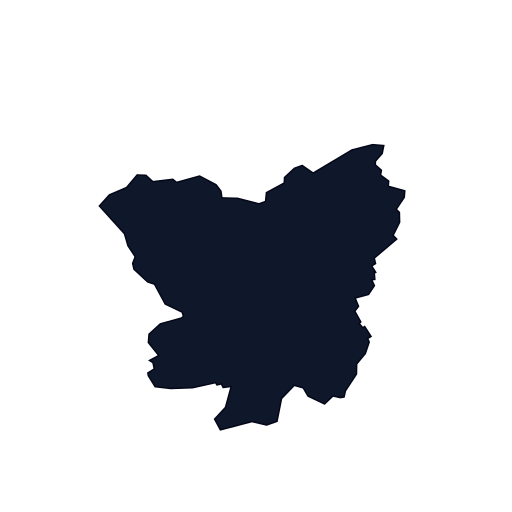 Dolneni, Dolneni, North Macedonia, rotated 307°
{"feature_id": "65306769B25269203277023", "entity_name": "Dolneni", "entity_type": "district", "adm_level": 2, "iso_a3": "MKD", "parent_name": "North Macedonia", "parent_adm1": "Dolneni", "projection": "orthographic", "projection_center": [21.418, 41.482], "detail": "fine", "context": "isolated", "style": "filled", "palette": "ink", "viewbox_px": 512, "rotation_deg": 307, "n_neighbors": 0, "source": "geoboundaries", "source_scale": "gbopen_adm2", "svg_char_len": 1414}
<svg xmlns="http://www.w3.org/2000/svg" viewBox="0 0 512 512"><g transform="rotate(307 256 256)"><path d="M201.7,100.8L194.6,137.6L187.1,147.6L182.7,160.0L175.9,161.9L172.0,166.5L170.1,185.1L172.4,191.9L163.0,212.4L166.7,230.8L164.1,234.4L161.5,233.7L144.2,220.4L129.2,217.6L122.1,222.1L118.0,238.2L108.5,233.8L108.8,237.9L104.6,242.7L97.5,240.0L95.6,242.0L90.9,254.1L98.9,267.7L112.6,284.6L130.5,299.9L129.5,302.4L133.0,305.3L131.2,308.9L136.9,314.7L116.8,322.7L100.8,321.1L95.7,332.2L121.3,352.4L127.4,366.2L136.6,372.3L157.5,362.2L175.7,364.4L179.1,373.1L175.4,381.9L179.1,399.8L190.5,401.7L193.7,408.7L196.4,411.2L202.1,408.6L222.2,407.3L230.3,401.4L244.0,402.0L255.4,398.2L257.3,394.8L261.0,396.3L265.1,385.2L263.0,384.6L264.2,379.0L266.4,379.4L271.4,368.1L277.5,368.2L282.1,360.5L293.0,369.0L303.6,368.4L306.7,362.6L308.8,365.0L315.8,358.8L314.7,362.2L317.7,354.4L321.9,356.0L325.5,351.7L354.2,358.2L355.0,353.1L369.4,350.4L377.1,344.3L377.7,339.9L392.1,339.1L397.6,335.6L391.3,319.6L395.7,316.9L395.6,306.8L400.0,304.5L400.6,296.4L403.7,294.3L413.8,295.1L421.1,291.6L415.1,282.1L398.5,268.8L356.6,251.7L356.1,238.4L349.2,233.9L335.9,231.5L331.3,234.6L312.9,226.2L305.3,230.8L299.5,227.0L291.0,206.6L281.9,193.8L286.7,189.0L288.9,181.2L285.9,162.8L267.0,148.3L267.2,143.4L253.3,128.9L254.2,119.5L249.2,112.3L232.8,111.4L216.6,102.1L201.7,100.8Z" fill="#0f172a" stroke="#020617" stroke-width="1.5"/></g></svg>